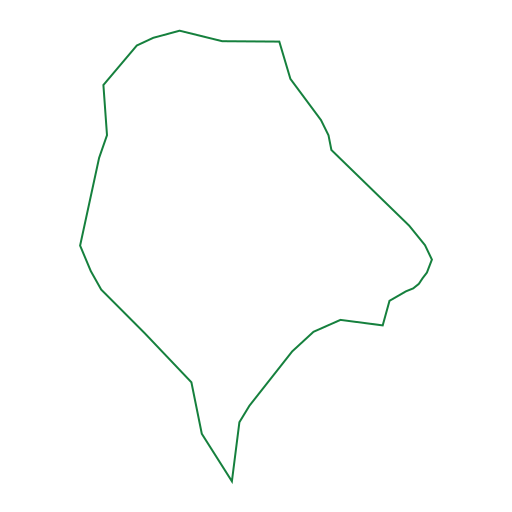 map outline of Dolenjske Toplice (Natural Earth projection)
{"feature_id": "SVN-249", "entity_name": "Dolenjske Toplice", "entity_type": "Statistical Region", "adm_level": 1, "iso_a3": "SVN", "parent_name": "Slovenia", "parent_adm1": "", "projection": "natural_earth1", "projection_center": [15.054, 45.708], "detail": "fine", "context": "isolated", "style": "outline", "palette": "green", "viewbox_px": 512, "rotation_deg": 0, "n_neighbors": 0, "source": "natural_earth", "source_scale": "10m", "svg_char_len": 536}
<svg xmlns="http://www.w3.org/2000/svg" viewBox="0 0 512 512"><path d="M279.3,41.6L290.4,78.9L321.0,120.1L328.5,135.3L331.4,150.0L409.2,225.7L425.0,245.2L431.9,259.6L426.9,272.6L422.6,278.2L418.9,283.8L413.2,288.4L406.0,291.3L389.5,300.8L382.7,325.4L340.4,319.9L313.5,331.8L292.2,351.4L249.5,405.6L239.4,422.2L231.9,481.3L201.8,433.8L191.4,382.3L144.6,333.1L101.2,289.6L90.8,271.1L80.1,245.6L99.1,157.9L107.0,135.2L103.4,85.0L136.8,45.5L153.3,37.8L179.6,30.7L222.2,41.2L279.3,41.6Z" fill="none" stroke="#15803d" stroke-width="2"/></svg>